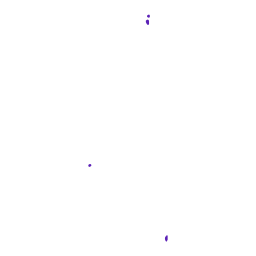 Sonsorol + Pulo Anna + Merir, Palau (orthographic projection)
{"feature_id": "81905179B53327233030313", "entity_name": "Sonsorol + Pulo Anna + Merir", "entity_type": "district", "adm_level": 2, "iso_a3": "PLW", "parent_name": "Palau", "parent_adm1": "", "projection": "orthographic", "projection_center": [132.184, 4.83], "detail": "fine", "context": "isolated", "style": "filled", "palette": "violet", "viewbox_px": 256, "rotation_deg": 0, "n_neighbors": 0, "source": "geoboundaries", "source_scale": "gbopen_adm2", "svg_char_len": 1247}
<svg xmlns="http://www.w3.org/2000/svg" viewBox="0 0 256 256"><path d="M147.2,20.5L146.9,20.8L146.7,20.9L146.6,21.0L146.6,21.5L146.6,21.9L146.7,22.0L146.8,22.4L146.9,22.6L147.0,22.9L147.3,23.3L147.5,23.7L147.7,23.9L147.9,24.1L148.1,24.1L148.3,23.7L148.3,23.4L148.3,22.7L148.2,21.8L148.2,21.4L148.3,21.2L148.2,20.9L148.1,20.7L147.8,20.4L147.7,20.4L147.4,20.4L147.2,20.5ZM166.7,236.2L166.6,236.3L166.6,236.2L166.6,236.3L166.6,236.5L166.5,236.8L166.4,236.9L165.9,237.3L166.0,237.6L165.9,237.7L165.8,238.0L165.7,238.4L165.7,238.6L165.7,238.9L165.7,239.0L165.8,239.4L166.0,239.7L166.1,240.2L166.2,240.3L166.2,240.5L166.3,240.6L166.7,240.0L166.9,239.5L166.9,239.2L166.9,238.9L166.9,238.4L166.9,238.2L166.9,237.9L166.9,237.5L166.9,237.1L166.9,236.7L166.9,236.4L166.9,236.2L166.7,236.2ZM148.7,16.9L148.9,16.9L149.0,16.8L149.1,16.6L149.1,16.2L149.1,15.9L149.1,15.7L148.9,15.4L148.7,15.4L148.4,15.5L148.2,15.6L147.9,15.9L147.8,16.0L147.8,16.4L147.9,16.5L148.2,16.7L148.5,16.9L148.7,16.9ZM89.1,165.4L89.1,165.5L89.1,165.8L89.2,166.0L89.4,166.1L89.5,166.1L89.8,166.0L90.1,165.8L90.3,165.6L90.5,165.4L90.6,165.2L90.4,164.9L90.2,164.8L89.9,164.8L89.7,164.9L89.4,165.0L89.2,165.2L89.1,165.3L89.1,165.4Z" fill="#8b5cf6" stroke="#5b21b6" stroke-width="1.5"/></svg>